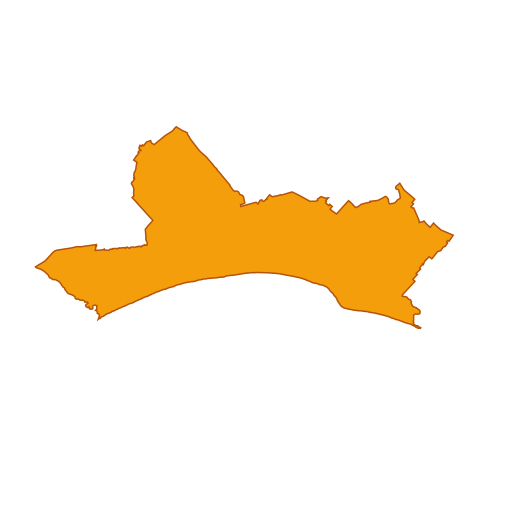 La Antigua, Veracruz, Mexico (Mercator projection), rotated 124°
{"feature_id": "50627088B44278957593951", "entity_name": "La Antigua", "entity_type": "district", "adm_level": 2, "iso_a3": "MEX", "parent_name": "Mexico", "parent_adm1": "Veracruz", "projection": "mercator", "projection_center": [-96.303, 19.318], "detail": "fine", "context": "isolated", "style": "filled", "palette": "amber", "viewbox_px": 512, "rotation_deg": 124, "n_neighbors": 0, "source": "geoboundaries", "source_scale": "gbopen_adm2", "svg_char_len": 6110}
<svg xmlns="http://www.w3.org/2000/svg" viewBox="0 0 512 512"><g transform="rotate(124 256 256)"><path d="M396.7,351.4L395.6,351.1L395.1,350.4L394.4,350.2L394.1,350.5L393.6,350.4L390.3,348.4L387.6,347.4L386.4,346.6L385.6,345.8L385.0,345.6L383.3,344.5L382.7,344.5L382.1,344.1L381.0,343.1L379.2,342.2L377.1,340.8L376.7,340.9L375.2,339.6L372.6,338.1L371.2,337.0L366.9,334.6L363.0,331.5L362.4,331.4L359.6,329.8L358.6,329.0L357.8,328.7L355.5,327.0L354.5,326.8L353.6,326.0L351.9,325.0L349.8,323.2L347.4,322.1L346.8,321.4L346.0,321.2L342.6,318.9L341.5,318.4L340.3,317.3L335.6,314.1L333.8,312.2L330.8,310.4L327.1,307.0L326.1,306.7L325.6,306.2L324.5,305.6L323.2,304.5L322.4,303.5L317.9,300.0L317.4,299.1L316.4,298.6L314.7,296.5L313.2,295.0L312.7,294.1L310.7,292.2L307.9,290.1L306.1,288.0L304.7,287.0L302.5,284.1L301.7,283.6L296.2,276.6L295.6,276.1L295.0,275.1L294.4,274.8L291.3,270.8L289.3,269.6L285.5,265.3L285.1,264.6L276.6,255.5L275.7,254.7L274.9,253.4L272.5,250.7L270.4,247.4L270.0,247.3L263.2,236.7L257.6,226.7L256.6,224.2L256.1,223.4L255.7,222.0L252.2,214.2L249.2,206.6L247.7,200.9L247.8,200.2L247.3,198.9L246.4,193.9L244.3,188.9L244.4,187.8L242.7,184.0L242.5,181.5L242.2,180.7L242.2,179.1L242.8,176.4L243.5,175.0L244.2,170.7L244.9,169.6L245.5,167.0L246.1,165.5L247.8,163.0L250.0,157.3L249.9,154.0L249.6,153.4L249.4,152.4L248.8,151.3L248.5,150.0L248.0,149.2L245.9,143.9L245.1,142.8L244.8,141.7L242.3,137.5L241.6,135.6L241.2,135.2L240.8,134.2L240.2,133.4L239.0,130.1L237.0,125.9L233.4,116.2L232.0,111.6L231.5,108.5L230.8,106.8L230.4,104.5L229.6,102.7L228.9,99.6L228.5,98.7L228.4,97.1L226.9,92.0L225.9,89.5L225.8,86.9L225.5,85.5L225.6,83.7L225.2,81.0L224.4,80.3L224.3,79.5L224.0,79.2L223.3,79.4L223.7,80.7L223.4,83.0L224.4,84.6L224.3,87.0L224.2,87.4L223.5,88.0L223.0,87.9L222.5,88.8L220.8,89.6L217.5,91.9L216.5,92.1L215.4,91.7L214.7,91.1L214.0,89.7L213.1,88.6L212.4,88.1L211.7,88.1L210.9,88.5L209.9,89.3L209.4,90.8L209.3,93.4L209.3,94.6L209.9,96.4L210.0,97.8L209.0,100.0L208.3,101.0L207.1,101.5L206.3,102.7L205.9,103.8L206.4,104.8L206.4,105.7L205.7,108.2L206.7,110.5L207.6,112.0L206.4,112.9L188.1,110.1L187.7,112.9L181.2,111.9L180.9,113.5L174.8,112.3L174.4,113.7L171.7,113.6L171.4,113.2L169.5,113.7L169.6,112.5L166.0,113.2L159.7,112.0L160.1,108.8L159.8,108.6L150.8,107.9L148.1,105.8L144.1,105.8L142.2,104.5L138.1,104.4L137.9,105.8L136.1,105.8L135.8,104.2L128.5,104.1L131.0,117.2L130.1,124.1L129.4,127.2L134.9,127.7L134.2,132.3L133.0,136.4L134.6,136.9L135.5,138.2L136.9,139.3L135.3,140.8L128.0,152.1L128.7,153.1L128.5,155.0L124.7,154.6L124.5,156.5L120.2,156.1L119.6,160.0L118.5,170.4L115.3,177.5L119.9,178.8L121.1,178.6L121.6,178.2L122.1,177.1L121.4,175.4L121.4,174.9L122.6,173.6L123.8,171.9L127.1,168.9L127.7,168.8L130.7,170.2L132.3,170.2L134.4,170.7L136.4,172.4L136.7,173.0L137.8,173.8L138.0,174.8L136.7,176.7L135.5,177.5L134.9,178.2L134.3,179.6L134.0,181.6L134.6,182.3L136.9,183.3L141.5,185.9L143.0,187.4L146.9,192.0L147.4,191.3L150.6,194.5L154.3,197.7L157.8,198.9L160.2,200.6L158.9,206.1L158.3,210.2L176.2,212.8L175.9,220.7L173.6,220.7L172.3,220.5L171.9,223.8L173.5,223.9L173.0,228.1L171.3,228.2L171.2,229.1L167.4,228.6L169.2,230.7L170.3,235.1L171.5,235.8L174.1,236.6L174.2,236.8L174.5,236.9L175.4,236.3L175.4,236.1L176.3,236.4L177.0,236.9L180.5,241.9L181.6,254.1L182.6,261.5L183.6,262.8L184.3,262.9L184.4,263.3L191.4,269.1L191.5,270.1L192.4,270.5L194.4,272.1L195.2,273.2L197.8,275.7L197.6,278.9L202.2,279.3L202.7,278.7L203.8,279.6L205.0,279.6L206.6,280.4L206.8,282.2L206.2,282.6L207.6,283.8L211.8,283.4L211.4,285.2L211.4,286.0L223.5,296.3L222.1,297.5L219.4,295.4L218.3,294.9L213.9,299.5L213.3,301.0L214.0,303.7L212.6,306.5L212.7,307.6L214.3,310.2L214.3,311.7L212.6,316.5L211.9,317.0L206.8,334.5L206.6,335.9L205.6,337.4L205.4,339.8L204.1,343.7L201.7,352.5L200.6,360.6L199.5,364.5L195.6,376.2L194.4,378.3L193.6,380.7L192.4,381.6L192.5,384.0L193.2,387.0L193.5,394.4L196.7,395.0L197.8,394.9L199.7,395.4L206.9,398.6L220.6,402.7L220.7,405.9L220.3,406.7L219.2,407.9L222.7,410.5L224.2,410.5L225.4,410.8L227.4,410.7L227.4,412.4L229.0,412.2L229.1,414.1L231.3,413.6L231.3,413.3L232.4,413.0L232.7,410.5L232.9,410.4L232.8,411.7L234.9,411.8L235.8,411.8L235.8,410.8L240.2,410.9L240.2,411.1L244.9,411.1L244.9,407.1L245.5,406.8L247.9,405.9L251.3,404.2L254.5,403.4L254.7,403.7L257.5,402.4L258.2,401.3L259.7,400.1L259.7,400.9L260.9,399.9L262.6,399.7L264.0,400.2L265.3,400.0L265.8,399.6L267.2,396.7L268.7,394.7L272.4,392.6L274.6,390.8L276.8,391.4L278.6,383.9L278.8,383.8L278.9,383.0L284.2,361.4L290.6,362.3L295.8,362.7L301.7,357.9L304.2,356.4L305.4,354.1L306.9,353.0L308.1,352.5L309.3,354.3L308.9,354.5L309.0,354.7L310.3,355.3L310.8,355.9L311.6,356.0L311.9,356.4L312.2,356.0L312.4,356.1L312.7,356.6L313.4,358.7L314.6,359.2L314.8,360.0L315.7,360.7L316.6,361.2L317.5,363.3L318.7,364.8L319.8,364.8L320.2,365.6L320.5,365.7L320.6,367.7L321.7,368.6L322.5,368.4L322.5,369.1L322.9,370.1L324.6,372.3L325.4,372.9L325.7,373.9L326.1,373.9L326.9,374.8L327.5,374.9L327.4,375.2L327.8,375.9L328.2,376.3L328.6,377.2L329.1,377.6L329.9,378.9L330.7,378.9L331.2,379.4L331.2,379.9L331.7,380.5L331.8,380.4L333.9,381.6L335.5,384.7L335.9,385.0L335.9,385.3L335.2,385.7L337.0,386.9L341.3,392.4L339.7,392.9L337.7,394.4L337.4,394.4L337.2,393.7L335.7,394.7L346.4,406.5L348.4,409.7L352.6,413.6L362.5,424.3L363.8,425.3L366.2,426.3L376.3,427.8L378.6,428.3L388.3,432.8L388.5,432.5L388.4,431.0L387.3,426.9L387.1,423.3L387.9,417.7L389.3,415.4L389.4,414.7L389.1,413.5L389.2,411.3L388.2,410.0L388.1,409.4L387.7,408.6L387.7,407.6L387.3,406.2L387.8,403.0L389.6,398.9L389.6,397.0L390.6,395.7L392.1,391.3L391.8,389.2L391.0,386.4L390.9,384.5L391.2,383.1L392.0,382.4L392.3,381.6L392.1,380.5L391.5,380.0L390.9,378.6L390.9,378.2L391.1,377.7L390.9,377.0L390.2,375.8L389.4,375.1L389.3,372.8L389.9,372.2L388.6,370.0L388.8,368.9L389.6,368.9L390.8,369.7L392.2,369.7L393.0,368.6L393.0,367.5L392.7,366.3L391.5,366.0L392.9,364.4L392.1,362.6L391.2,361.9L390.4,362.1L389.8,362.9L388.8,363.3L387.6,362.9L386.8,362.2L386.2,360.2L389.5,358.2L390.8,358.7L390.6,356.8L392.3,355.5L392.0,353.9L392.5,352.9L393.9,352.2L396.7,351.4Z" fill="#f59e0b" stroke="#b45309" stroke-width="1.5"/></g></svg>